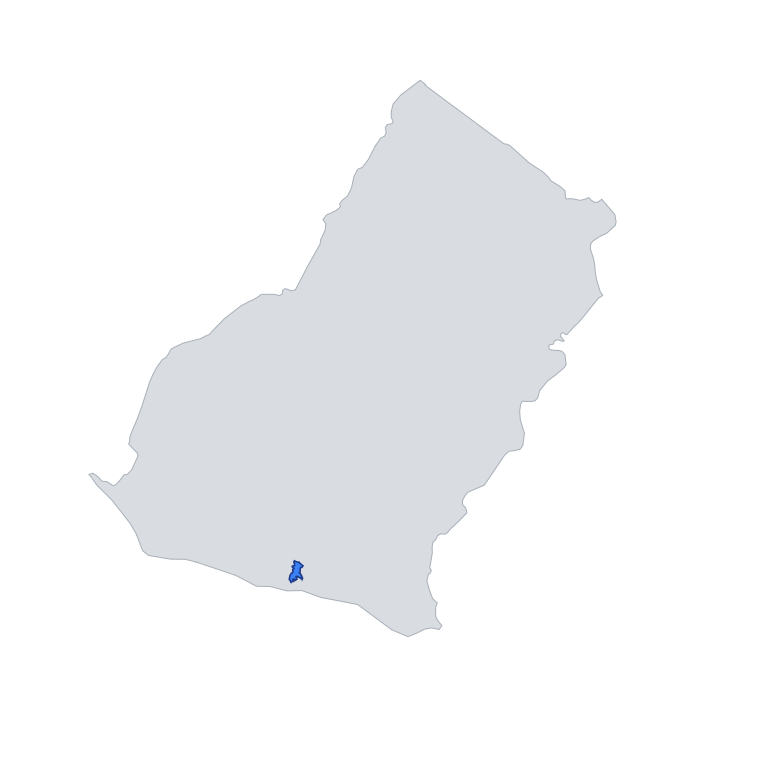 Awutu Senya, Central, Ghana shown in context, rotated 37°
{"feature_id": "2480657B19246099956301", "entity_name": "Awutu Senya", "entity_type": "district", "adm_level": 2, "iso_a3": "GHA", "parent_name": "Ghana", "parent_adm1": "Central", "projection": "orthographic", "projection_center": [-0.532, 5.62], "detail": "fine", "context": "in_parent", "style": "filled", "palette": "blue", "viewbox_px": 768, "rotation_deg": 37, "n_neighbors": 0, "source": "geoboundaries", "source_scale": "gbopen_adm2", "svg_char_len": 6328}
<svg xmlns="http://www.w3.org/2000/svg" viewBox="0 0 768 768"><g transform="rotate(37 384 384)"><path d="M466.5,109.8L471.9,115.0L473.2,118.0L471.2,129.3L467.2,137.2L464.7,144.6L465.0,148.2L467.5,151.9L475.8,157.7L480.1,161.5L485.1,167.2L491.0,172.8L500.9,180.0L505.1,181.3L504.9,183.3L503.6,186.1L502.7,213.2L502.0,220.2L501.3,223.7L500.4,233.8L499.3,235.3L497.4,235.1L495.7,235.5L495.3,237.5L496.0,239.6L502.0,241.1L500.7,242.6L496.2,244.0L494.2,247.0L495.1,250.5L492.6,253.3L493.3,255.2L494.9,256.6L497.5,256.0L504.5,251.4L507.4,250.9L511.0,251.8L517.8,258.9L518.1,262.4L515.4,274.3L512.7,283.6L512.3,295.8L515.1,302.7L514.7,306.5L511.7,309.8L504.8,314.5L505.3,317.8L508.5,323.8L514.3,330.5L525.8,338.8L531.9,349.7L532.0,354.1L528.5,358.5L524.4,362.3L523.1,367.9L525.0,404.3L516.0,420.1L515.9,424.6L516.8,429.8L519.2,433.0L523.9,433.8L527.7,436.9L526.4,447.9L524.4,459.3L524.1,464.7L523.0,467.3L519.4,469.5L518.1,473.0L519.0,477.4L518.3,480.7L520.3,484.9L524.4,490.1L531.1,503.2L533.7,504.2L534.8,506.9L534.1,509.6L536.7,515.4L544.1,521.1L551.9,526.1L558.2,526.8L559.7,531.3L563.9,537.1L566.9,539.6L571.7,541.2L575.6,542.1L575.8,546.9L568.7,550.2L564.0,555.3L560.3,562.9L555.3,571.3L537.9,575.7L531.2,575.7L495.5,576.0L462.0,592.5L442.7,598.4L430.9,607.7L414.9,614.3L403.8,622.3L380.7,626.1L342.7,638.7L330.8,643.6L318.8,652.4L299.2,662.6L291.5,662.4L276.3,652.8L264.8,648.0L236.7,640.5L215.7,637.6L205.6,634.4L202.8,633.8L205.2,630.4L211.0,630.2L217.2,631.3L221.8,628.7L228.7,628.3L230.5,625.6L231.1,618.7L231.0,613.1L233.4,610.6L234.1,604.0L230.8,589.4L228.4,587.7L216.2,585.6L215.3,582.7L213.1,579.6L210.8,572.1L208.1,560.9L203.9,547.0L195.8,524.0L193.8,515.9L192.5,507.7L192.2,497.8L193.9,494.2L193.7,489.1L193.0,484.0L198.8,472.4L210.2,458.2L212.6,453.1L214.8,449.5L215.1,444.4L217.2,427.8L222.7,407.7L226.2,400.1L228.5,396.1L231.3,389.4L232.0,386.2L242.5,378.4L247.3,376.3L248.4,373.2L246.8,369.8L247.5,367.5L250.0,366.4L253.8,365.4L256.6,362.2L252.4,337.5L249.0,312.8L248.8,310.7L246.7,307.3L244.6,297.1L241.2,291.1L236.3,289.4L236.3,283.8L241.3,274.3L242.7,268.7L240.3,267.1L240.0,262.7L241.7,255.8L240.9,251.4L240.0,246.9L235.0,236.1L233.8,228.4L236.4,224.0L236.4,214.2L233.8,199.1L233.4,189.6L235.3,185.7L234.4,181.9L230.7,178.3L230.5,174.8L233.7,171.4L233.3,168.8L229.4,166.8L225.9,162.2L222.8,154.9L223.5,143.1L229.6,121.5L230.3,119.6L237.0,119.8L237.0,120.7L257.7,120.6L281.5,120.4L309.8,120.2L335.5,120.0L336.7,119.0L340.9,117.8L366.9,120.1L383.2,119.0L390.1,119.7L395.1,121.2L406.4,120.3L412.4,120.8L416.9,126.2L418.7,126.2L421.2,123.9L425.7,121.3L430.3,119.2L433.6,115.0L435.5,111.8L438.5,112.5L442.8,112.3L445.6,109.6L446.7,105.4L466.5,109.8Z" fill="#d9dde1" stroke="#a8b0b8" stroke-width="1"/><path d="M428.7,577.9L428.3,577.8L428.0,577.8L427.9,577.9L427.9,578.1L427.5,578.1L427.2,578.0L426.9,578.0L426.6,577.8L425.9,577.8L425.5,577.8L425.3,577.7L424.9,577.7L424.7,577.7L424.4,577.9L424.2,577.8L423.8,577.6L423.7,577.5L423.6,577.8L423.4,578.0L422.6,577.8L421.7,578.3L421.2,578.5L420.1,579.0L419.7,579.0L419.5,578.9L419.0,579.1L419.1,579.3L419.1,579.5L419.2,579.4L419.3,579.5L419.2,579.6L419.0,579.8L418.9,579.7L418.9,579.8L419.0,579.9L419.2,579.7L419.2,579.8L419.3,579.8L419.4,580.0L419.2,580.1L419.3,580.2L419.3,580.3L419.4,580.5L419.6,580.5L419.7,580.8L419.8,581.0L420.0,581.0L420.4,581.0L420.6,581.3L420.8,581.6L421.0,581.8L421.1,582.0L421.3,582.2L421.5,582.3L421.8,582.5L421.8,583.0L421.7,583.4L421.5,583.5L421.4,583.5L421.2,583.6L421.1,583.8L420.9,583.9L420.7,584.0L420.5,584.3L420.4,584.4L420.2,584.5L420.3,584.5L420.5,584.7L420.4,584.8L420.5,584.9L420.5,585.0L420.9,585.2L421.0,585.2L421.1,585.3L421.2,585.5L421.3,585.5L421.5,585.5L421.9,585.5L422.0,585.5L422.3,585.3L422.5,585.2L423.1,585.3L423.3,585.5L423.2,585.8L423.2,586.1L423.0,586.4L422.9,586.6L422.7,586.8L422.7,587.0L422.9,587.2L423.0,587.3L423.0,587.5L423.3,587.8L423.3,588.0L423.6,588.2L423.6,588.3L423.9,588.5L424.2,588.5L424.3,588.5L424.4,588.9L424.5,589.0L424.6,589.6L424.5,589.9L424.4,590.1L424.3,590.3L424.0,590.4L423.8,590.8L423.8,591.2L423.9,591.7L424.1,592.6L424.3,593.4L424.2,593.5L424.4,593.7L424.4,593.9L424.5,594.0L424.5,594.3L424.6,594.5L424.7,594.8L424.8,595.0L424.9,595.3L425.0,595.4L425.4,595.8L425.5,596.1L425.6,596.4L425.6,596.7L425.9,596.7L425.9,596.8L426.0,596.9L426.0,597.0L426.2,597.3L426.4,597.3L426.8,597.3L427.3,597.4L427.5,597.4L427.8,597.6L428.0,597.9L428.3,598.0L428.5,598.0L429.0,598.4L429.1,598.5L429.3,598.5L429.3,598.4L429.2,598.2L429.3,598.0L429.2,597.9L429.2,597.7L429.2,597.4L429.3,597.3L429.3,597.1L429.6,596.9L429.8,596.7L430.0,596.6L430.1,596.4L430.0,596.2L429.9,596.0L429.7,596.0L429.6,595.9L429.5,595.7L429.4,595.5L429.2,595.3L429.2,595.2L428.8,594.9L428.8,594.7L429.0,594.3L429.1,594.0L429.3,593.9L429.5,593.8L429.8,593.8L430.0,594.2L430.3,594.1L430.5,594.2L430.5,594.3L430.7,594.6L430.7,594.3L430.7,594.2L430.8,594.2L430.7,594.0L430.8,593.9L430.8,593.7L431.0,593.5L431.2,593.4L431.4,593.3L431.6,593.4L431.7,593.0L431.7,592.9L431.8,592.6L431.9,592.4L432.0,592.2L431.6,592.1L431.2,591.9L431.1,591.7L430.9,591.6L430.7,591.4L430.6,591.2L430.4,591.0L430.2,591.0L429.7,591.0L429.6,590.8L429.7,590.7L429.7,590.4L429.9,590.3L430.1,590.2L430.7,589.8L430.8,589.7L431.0,589.5L431.2,589.4L431.4,589.3L431.5,589.4L431.6,589.5L431.8,589.7L431.8,589.8L432.4,589.5L432.6,589.4L432.8,589.4L433.0,589.3L433.1,589.5L433.3,589.5L433.5,589.5L433.7,589.1L433.8,589.1L434.0,589.0L434.5,589.4L435.0,589.3L435.8,589.3L436.0,589.4L435.9,589.2L436.0,588.9L436.1,588.7L435.9,588.6L435.9,588.4L435.9,588.2L435.7,588.1L435.6,587.9L435.4,587.9L435.1,587.8L435.0,587.7L434.9,587.7L434.7,587.5L434.5,587.3L434.4,587.3L434.4,587.2L434.2,587.0L433.9,587.1L433.7,587.0L433.7,586.9L433.4,586.7L433.2,586.5L433.0,586.4L432.9,586.5L432.8,586.4L432.7,586.4L432.3,586.3L432.2,586.2L431.9,586.0L431.8,585.9L431.7,585.9L431.4,585.7L431.1,585.6L430.5,585.8L430.1,585.9L429.9,585.7L429.9,585.3L430.2,585.0L430.1,584.9L430.1,584.7L429.9,584.5L429.8,584.3L429.8,584.1L429.7,583.9L429.5,583.7L429.4,583.6L429.2,583.4L429.2,583.2L428.8,582.5L428.2,582.2L428.0,581.8L427.9,581.6L427.9,581.3L428.0,581.2L427.9,580.9L427.9,580.7L428.2,580.5L428.4,580.3L428.6,580.2L428.9,579.9L428.8,579.6L428.8,579.4L428.8,579.1L428.7,578.9L428.6,578.7L428.8,578.4L428.8,578.2L428.6,578.1L428.7,577.9Z" fill="#3b82f6" stroke="#1e3a8a" stroke-width="1.5"/></g></svg>